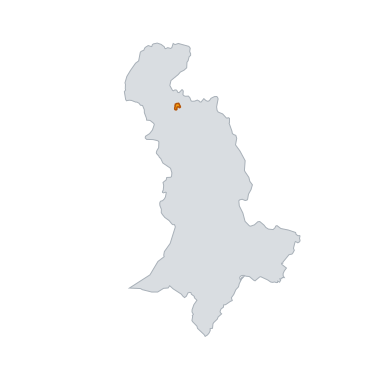 F.C.T. highlighted on a map of Pakistan, rotated 307°
{"feature_id": "PAK-1110", "entity_name": "F.C.T.", "entity_type": "Capital Territory", "adm_level": 1, "iso_a3": "PAK", "parent_name": "Pakistan", "parent_adm1": "", "projection": "equal_earth", "projection_center": [73.083, 33.648], "detail": "fine", "context": "in_parent", "style": "filled", "palette": "amber", "viewbox_px": 384, "rotation_deg": 307, "n_neighbors": 0, "source": "natural_earth", "source_scale": "10m", "svg_char_len": 4395}
<svg xmlns="http://www.w3.org/2000/svg" viewBox="0 0 384 384"><g transform="rotate(307 192 192)"><path d="M302.4,91.7L306.4,101.8L305.8,104.0L302.8,105.6L301.6,107.7L300.2,108.7L298.3,108.3L294.4,109.9L292.6,109.9L288.0,113.0L284.4,112.3L280.7,110.5L277.5,110.3L268.4,108.1L263.7,110.2L261.4,115.3L261.6,116.2L263.2,116.9L263.9,117.9L264.0,118.7L263.0,120.8L263.6,121.9L267.7,122.4L267.8,123.2L267.3,124.3L264.3,126.2L264.0,127.4L264.4,129.0L266.4,131.4L266.0,133.6L264.3,136.3L264.4,137.3L266.1,139.4L268.6,140.9L269.0,143.4L268.7,144.3L269.3,145.1L273.7,145.3L273.4,148.1L274.0,150.2L275.5,150.9L278.3,150.8L281.7,152.5L283.1,154.2L283.0,155.4L282.1,156.8L274.8,160.4L272.3,162.9L271.6,164.8L272.8,169.5L271.8,174.7L272.1,175.7L273.1,176.1L273.4,177.6L269.9,180.2L269.3,180.2L264.6,187.3L263.1,188.9L262.9,190.5L263.6,192.9L261.8,195.4L255.8,198.4L253.6,205.6L249.0,215.6L240.9,220.8L240.2,221.9L237.9,228.6L235.3,231.8L234.1,235.9L229.4,237.7L224.3,238.4L219.8,240.7L218.7,240.8L217.2,239.6L216.4,236.4L214.4,234.8L213.1,234.7L209.4,238.1L205.8,245.3L200.5,252.0L199.5,258.2L200.0,259.4L203.3,261.6L207.9,262.5L209.2,263.9L208.9,269.5L208.1,272.3L208.4,275.4L210.8,279.4L213.4,279.8L215.2,279.4L216.3,280.1L216.3,284.9L219.6,291.8L222.0,299.1L220.9,300.5L220.8,301.4L220.9,303.0L221.9,304.1L221.9,304.7L219.6,305.8L218.4,307.4L217.1,307.9L215.1,307.1L214.7,304.4L213.8,304.5L208.1,306.9L207.0,308.8L203.8,309.3L202.6,309.2L200.3,307.2L190.7,306.8L189.7,307.4L189.0,306.4L188.2,307.3L188.1,313.2L184.6,313.2L181.6,313.9L179.9,315.3L179.2,317.3L178.0,315.5L176.8,315.9L175.5,314.4L174.9,315.9L172.7,316.2L172.4,314.1L171.2,314.8L170.3,313.7L169.9,312.2L168.3,310.7L167.5,309.1L167.3,305.3L165.7,297.8L164.7,297.1L159.0,295.8L158.7,294.4L159.0,288.7L157.2,285.7L156.7,283.7L155.2,281.9L153.7,281.4L152.2,281.6L150.9,283.5L154.2,283.2L155.8,284.4L152.4,284.0L147.3,284.9L144.3,286.2L140.4,285.8L135.3,287.0L131.2,287.1L129.5,289.5L127.8,288.5L122.2,286.6L120.9,285.2L119.0,286.4L116.0,285.6L113.6,286.2L112.7,287.3L112.5,289.0L107.9,288.1L105.7,288.7L100.6,287.9L99.3,288.1L95.5,290.4L93.8,288.7L92.2,290.0L89.6,290.5L87.2,290.4L84.6,289.4L85.4,287.5L86.4,278.5L87.8,276.7L88.8,270.5L89.3,269.3L92.9,267.5L93.5,266.6L95.1,266.8L96.2,264.2L98.1,262.9L103.2,261.3L108.5,261.1L109.0,257.5L110.0,256.7L110.0,252.9L110.9,252.0L110.9,251.5L110.3,250.4L109.0,249.5L105.4,250.2L103.2,249.6L103.3,247.5L104.0,244.9L103.3,235.2L103.7,230.6L101.0,230.7L98.0,227.3L91.5,224.8L87.9,220.1L84.1,211.1L83.9,209.0L77.6,199.8L100.5,208.3L116.1,206.6L123.6,208.7L124.6,207.4L127.8,205.8L137.8,205.5L154.1,199.7L155.4,197.7L154.4,196.3L154.4,195.0L155.4,191.0L155.3,185.6L156.2,182.0L157.0,179.9L159.8,177.9L161.8,174.6L163.2,173.3L164.6,172.5L166.0,172.6L167.3,173.7L169.7,174.1L172.0,173.8L176.1,171.8L176.0,171.1L174.1,169.7L173.9,168.7L174.6,168.1L176.2,167.9L180.1,165.5L182.2,163.1L186.2,164.1L188.4,163.1L190.9,166.1L192.1,166.3L195.2,164.4L198.0,160.6L197.6,151.3L200.0,146.7L200.0,145.2L200.7,143.9L201.4,140.4L202.3,139.6L204.2,139.0L207.3,138.7L212.1,135.4L212.4,133.9L210.4,129.3L206.7,124.1L207.0,122.1L208.5,121.3L213.1,123.0L217.7,123.1L223.2,121.3L223.8,120.0L223.9,115.4L222.1,112.5L223.5,111.2L226.7,106.2L229.0,104.4L231.3,100.5L230.3,98.5L231.0,96.3L230.6,93.8L229.9,92.9L228.7,88.5L227.5,86.6L225.4,84.7L226.0,83.3L231.4,77.6L233.5,77.6L234.2,76.7L238.0,74.0L238.8,72.8L245.2,70.4L252.0,69.7L260.9,69.4L264.6,70.5L272.3,66.7L273.6,66.7L276.3,68.2L278.5,67.6L279.8,67.8L282.6,68.9L283.7,72.1L284.1,72.3L285.7,71.7L287.0,72.0L290.0,74.6L291.3,78.5L291.3,82.4L290.4,83.9L290.5,84.6L292.7,85.8L293.8,88.6L295.2,89.0L299.3,87.6L299.5,89.7L302.4,91.7Z" fill="#d9dde1" stroke="#a8b0b8" stroke-width="1"/><path d="M249.4,127.3L250.0,127.1L250.3,127.0L250.5,126.8L250.6,126.6L250.8,126.5L251.0,126.4L251.6,126.3L251.9,126.1L252.0,126.1L252.1,125.9L253.4,126.5L253.6,126.7L253.8,126.9L254.2,127.4L254.7,127.8L254.8,128.0L254.7,128.5L254.4,128.9L254.2,129.2L253.7,130.5L253.2,131.2L253.0,131.4L253.0,131.5L252.9,131.6L252.6,131.6L252.4,131.6L252.0,131.4L251.8,131.2L251.7,131.0L251.8,130.8L251.9,130.6L251.9,130.3L251.8,130.0L251.6,129.6L251.5,129.4L251.3,129.2L251.0,129.1L250.8,129.1L250.5,129.2L250.0,129.4L249.5,129.7L249.3,129.9L249.0,130.1L248.7,130.2L248.3,130.1L248.0,129.8L247.8,129.5L247.6,129.0L247.7,128.5L248.0,128.1L249.4,127.3Z" fill="#f59e0b" stroke="#b45309" stroke-width="1.5"/></g></svg>